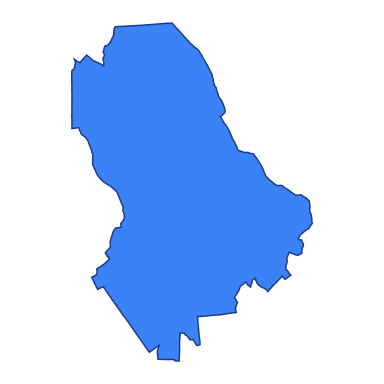 outline of Siretel, Iasi, Romania
{"feature_id": "2599482B550039581691", "entity_name": "Siretel", "entity_type": "district", "adm_level": 2, "iso_a3": "ROU", "parent_name": "Romania", "parent_adm1": "Iasi", "projection": "orthographic", "projection_center": [26.741, 47.42], "detail": "fine", "context": "isolated", "style": "filled", "palette": "blue", "viewbox_px": 384, "rotation_deg": 0, "n_neighbors": 0, "source": "geoboundaries", "source_scale": "gbopen_adm2", "svg_char_len": 5925}
<svg xmlns="http://www.w3.org/2000/svg" viewBox="0 0 384 384"><path d="M286.9,258.3L287.3,256.9L289.2,252.3L295.5,254.8L296.9,255.1L297.9,255.2L298.7,255.0L299.6,254.5L300.4,253.9L301.1,253.6L301.5,253.7L302.0,252.9L301.8,252.2L301.6,251.4L301.8,249.9L302.3,248.5L302.5,247.6L303.4,245.8L303.4,244.8L303.1,243.6L301.8,241.2L301.9,240.2L299.6,239.7L298.4,239.5L298.2,239.1L298.5,238.3L299.3,237.1L299.5,236.5L299.9,235.9L299.9,235.2L304.5,231.3L305.1,230.8L305.7,230.5L306.0,230.2L307.8,229.2L308.8,228.6L309.5,227.7L310.8,225.1L311.5,224.5L312.3,223.3L312.1,222.6L311.8,221.2L311.8,218.4L311.1,214.8L310.9,213.9L310.5,213.0L310.0,211.8L309.7,210.2L309.6,209.8L309.7,209.2L309.9,208.3L310.0,207.0L309.7,203.9L309.5,203.2L309.4,202.4L309.3,201.4L309.3,201.2L309.1,200.9L305.6,197.5L305.3,197.3L303.4,196.7L302.9,196.4L302.7,195.9L302.3,195.5L301.7,195.0L301.0,194.9L300.3,194.9L297.2,195.2L295.7,195.1L294.9,194.7L294.4,194.3L292.0,192.7L286.3,188.6L284.3,187.5L284.1,187.3L283.8,187.2L283.6,186.9L283.2,186.6L282.9,186.1L282.2,185.7L281.3,185.4L277.6,185.5L276.8,185.3L274.8,184.2L269.1,179.5L268.2,178.5L266.4,176.8L265.6,175.6L265.3,174.8L263.7,171.2L263.0,168.9L261.0,165.2L260.9,165.2L259.3,162.5L256.3,157.7L255.7,157.0L254.8,156.0L254.5,155.2L253.9,154.3L253.4,154.0L252.0,153.6L251.0,153.6L250.3,153.4L249.0,152.7L247.7,152.4L244.0,152.5L243.3,152.1L238.0,150.3L237.2,148.3L236.9,147.2L236.1,145.3L235.7,144.7L234.9,142.9L232.2,138.2L232.0,137.7L231.4,135.5L230.6,134.2L230.3,133.0L229.8,131.8L227.3,127.3L226.4,126.0L225.6,124.7L225.1,124.2L224.3,123.2L222.9,121.0L222.7,120.4L221.8,118.7L220.4,116.8L221.4,115.8L222.3,115.4L222.6,114.8L223.5,113.9L223.7,113.6L224.5,113.0L224.7,112.7L225.0,111.6L225.1,111.3L225.0,110.3L224.7,108.6L224.4,107.5L223.7,105.9L223.1,104.0L222.3,102.4L222.2,101.9L221.7,100.9L221.5,100.5L220.5,99.4L220.3,98.9L219.5,97.9L218.9,97.0L218.4,95.6L218.0,93.7L216.8,91.0L216.7,90.5L216.6,90.0L216.4,88.6L216.1,87.6L215.9,87.3L215.1,86.3L214.8,85.7L213.7,83.0L213.4,82.0L213.3,80.1L212.5,77.0L212.2,76.0L211.9,74.5L211.8,73.8L211.0,72.3L209.6,70.2L208.6,67.8L206.7,64.1L203.0,58.1L201.7,55.2L200.0,52.8L199.8,52.2L199.5,51.5L198.7,50.7L198.1,49.9L197.3,49.1L196.5,48.4L195.4,47.8L195.0,47.4L194.0,46.8L193.1,45.7L190.6,43.5L189.2,42.1L188.7,41.4L187.6,40.3L172.0,23.0L165.4,23.4L141.3,25.3L115.5,26.7L114.7,27.3L114.1,29.5L113.5,35.6L110.2,42.1L108.7,44.4L107.3,45.4L105.2,45.8L104.0,48.2L104.1,48.9L104.0,49.6L103.5,50.5L103.1,51.6L103.3,52.4L104.0,53.7L104.5,55.1L104.1,56.3L103.3,57.6L103.0,58.4L103.0,59.3L104.0,62.9L103.6,65.8L100.2,63.7L93.2,60.5L86.6,55.1L81.8,60.4L79.9,62.8L79.2,62.2L78.5,61.8L76.5,61.0L75.8,60.4L74.4,59.2L74.7,60.3L75.1,61.3L75.4,62.8L75.3,63.8L75.0,65.0L74.8,65.7L74.6,66.6L74.5,67.2L74.6,67.6L74.8,68.0L73.6,69.2L72.0,70.4L71.9,70.8L71.9,71.5L71.7,73.4L71.8,81.0L71.9,81.7L71.8,84.8L72.0,87.6L71.8,90.4L72.0,94.5L71.9,101.0L71.9,112.4L72.0,114.2L71.7,115.8L72.0,120.6L71.9,125.5L72.0,126.7L71.9,128.5L72.9,128.5L75.4,128.2L77.7,127.7L78.7,127.6L80.2,131.6L80.6,132.2L80.7,132.9L80.9,133.4L81.6,134.2L81.7,134.5L86.0,137.8L87.4,140.1L87.8,140.5L88.3,141.7L88.5,142.6L88.8,143.4L88.9,143.9L89.6,145.2L90.3,147.0L90.5,147.9L91.3,149.4L91.7,150.7L91.8,151.4L91.8,152.2L92.8,154.5L92.8,158.0L92.6,159.5L92.7,161.6L92.7,164.3L92.8,164.9L95.3,170.3L96.3,172.8L96.7,173.7L97.6,175.2L98.7,176.7L100.7,179.1L102.6,181.0L104.5,182.5L106.4,183.8L109.0,185.3L109.3,185.3L109.9,185.5L110.7,186.4L116.0,191.0L116.8,191.8L117.0,192.2L119.0,196.9L120.3,200.3L123.3,207.4L123.4,207.8L122.8,209.8L124.2,214.6L124.3,215.6L124.4,216.7L124.3,217.5L124.0,218.9L123.7,219.4L123.2,220.5L122.3,221.8L120.8,223.6L120.7,223.8L121.4,227.1L115.7,228.1L115.3,228.4L114.5,229.4L113.4,231.4L113.0,232.5L111.2,237.7L110.7,240.1L110.2,241.4L110.4,246.9L107.9,249.9L106.1,251.8L105.4,252.7L105.6,253.2L105.5,253.6L106.8,254.7L106.8,255.7L107.0,256.1L107.4,256.2L107.4,256.6L108.2,256.8L108.4,257.0L108.6,257.4L108.9,257.7L108.9,258.2L109.6,258.6L109.6,258.8L109.2,259.4L106.9,261.5L104.5,263.7L99.8,267.1L97.5,268.2L96.8,269.1L96.6,269.8L97.3,271.3L97.0,272.6L96.6,273.9L96.0,275.1L94.5,276.0L91.7,277.2L96.2,286.5L97.7,289.4L103.3,286.7L106.6,291.6L111.1,298.1L112.8,300.8L114.5,302.9L116.0,305.1L117.3,306.9L122.5,314.4L123.1,315.4L125.0,317.6L126.6,319.8L132.1,327.7L132.5,328.2L140.5,339.8L149.3,352.2L159.2,345.3L157.5,350.7L157.4,351.3L157.3,352.2L157.4,352.8L158.0,359.3L166.4,359.5L174.5,359.5L174.4,360.7L179.1,361.0L179.5,352.9L179.6,346.6L179.5,345.4L179.6,341.2L179.8,337.9L180.2,335.5L180.1,335.0L179.9,334.3L179.9,333.0L182.1,333.0L184.3,333.1L184.8,334.2L185.1,334.6L185.9,335.3L186.7,335.4L187.0,335.8L189.1,338.5L189.7,339.4L189.9,339.8L193.1,339.6L193.5,340.6L194.3,341.3L194.7,341.9L194.9,342.7L195.3,343.4L196.8,345.4L198.5,345.4L198.9,345.1L199.4,344.7L200.0,344.6L199.9,342.3L200.0,341.4L199.8,340.7L199.1,335.0L198.7,331.5L198.5,327.8L197.9,322.5L197.5,316.6L198.5,316.6L208.5,315.8L214.6,315.1L218.7,314.9L221.1,314.6L222.2,314.6L223.6,314.3L225.4,313.9L226.8,313.9L227.8,313.4L230.1,313.4L231.8,312.8L233.0,313.0L235.2,312.6L236.3,312.6L235.4,307.8L235.3,307.2L236.2,306.3L236.4,305.7L236.8,303.7L237.5,302.8L237.4,302.7L237.0,302.0L236.6,300.9L236.0,299.7L234.5,297.7L234.9,297.0L235.1,296.1L235.7,295.8L235.9,295.1L237.7,292.6L238.9,290.3L239.8,287.6L240.4,286.2L242.7,284.5L245.9,281.9L246.5,282.7L247.6,284.8L248.4,285.6L250.5,287.1L251.9,282.6L252.7,279.7L255.1,278.3L255.3,278.9L255.8,279.4L255.5,279.9L255.5,280.1L256.1,280.8L256.2,281.0L256.6,281.3L257.1,283.0L257.1,283.3L258.4,284.8L259.1,285.4L261.3,287.0L262.1,287.4L264.0,288.1L266.0,289.5L267.5,290.7L267.7,291.1L267.8,291.5L273.2,285.5L282.5,276.0L283.2,277.3L283.7,278.0L284.6,278.7L285.0,279.3L290.8,275.3L288.1,271.7L285.6,268.6L285.6,267.9L285.9,267.0L285.9,266.3L286.1,265.4L286.5,263.9L286.9,262.7L287.1,261.8L287.1,259.8L286.9,259.0L286.9,258.3Z" fill="#3b82f6" stroke="#1e3a8a" stroke-width="1.5"/></svg>